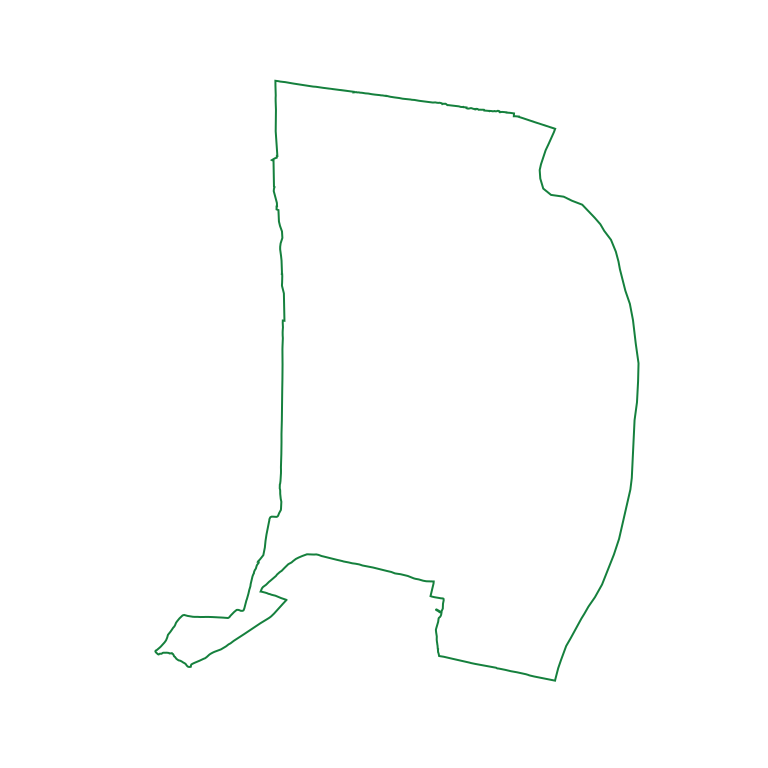 Ostrov, Tulcea, Romania (Albers equal-area conic projection), rotated 174°
{"feature_id": "2599482B49066232260095", "entity_name": "Ostrov", "entity_type": "district", "adm_level": 2, "iso_a3": "ROU", "parent_name": "Romania", "parent_adm1": "Tulcea", "projection": "albers", "projection_center": [28.19, 44.921], "detail": "fine", "context": "isolated", "style": "outline", "palette": "green", "viewbox_px": 768, "rotation_deg": 174, "n_neighbors": 0, "source": "geoboundaries", "source_scale": "gbopen_adm2", "svg_char_len": 6149}
<svg xmlns="http://www.w3.org/2000/svg" viewBox="0 0 768 768"><g transform="rotate(174 384 384)"><path d="M187.1,619.9L206.8,628.7L218.2,633.9L222.1,635.6L222.0,635.9L225.1,636.5L226.9,636.7L226.4,639.5L230.3,640.5L233.8,641.1L233.8,641.4L237.8,642.2L239.5,642.3L240.2,642.1L240.3,642.1L240.5,642.2L240.4,642.6L240.7,643.2L241.2,643.3L241.5,643.6L242.0,643.7L242.3,643.8L243.5,643.5L244.1,643.5L244.5,643.6L245.0,643.6L245.4,643.9L247.3,643.8L248.0,644.1L250.7,644.6L250.8,644.4L251.5,644.7L255.7,645.5L255.7,646.0L255.8,646.2L256.1,646.3L258.8,646.6L259.8,646.8L261.1,646.8L261.7,647.2L262.1,647.7L263.5,648.0L263.9,647.7L264.1,647.5L264.7,647.6L264.8,648.0L266.1,648.2L268.3,649.2L268.7,649.3L269.6,649.2L270.4,649.1L271.7,649.1L273.2,649.7L273.3,649.9L273.1,650.4L275.2,650.9L276.2,651.0L276.4,651.2L276.4,651.3L277.2,651.3L278.6,651.5L280.5,652.3L291.2,654.7L291.8,654.7L293.2,656.1L293.6,656.3L294.4,656.4L294.9,656.3L295.3,656.4L296.1,656.6L296.8,656.3L297.1,656.9L297.4,657.2L299.3,657.9L300.4,657.9L301.6,658.1L303.6,658.7L306.0,658.8L319.5,662.0L324.0,663.3L326.8,663.8L327.6,664.1L335.7,665.8L338.9,666.8L343.5,667.9L347.7,669.0L351.7,670.4L351.8,670.2L355.5,671.2L357.0,671.4L357.8,671.7L363.0,672.8L365.9,673.5L369.3,674.5L372.1,675.0L375.4,675.9L377.6,676.3L378.4,676.6L380.4,676.8L381.1,677.2L383.8,677.2L383.6,677.8L414.0,685.0L420.6,686.7L423.4,687.2L426.1,687.9L442.8,692.3L450.5,694.5L455.5,695.6L457.4,696.2L459.1,696.6L460.3,696.9L460.8,691.7L461.5,682.3L461.9,679.7L462.2,676.6L462.8,668.0L465.3,646.6L466.2,622.0L466.7,622.1L467.0,620.3L469.1,619.8L472.1,618.4L471.7,618.1L470.5,618.0L472.8,591.7L472.3,591.3L473.1,589.5L473.1,589.2L473.5,587.4L471.6,575.3L471.8,571.8L472.3,571.8L472.6,568.9L470.8,568.0L471.5,556.6L470.9,552.1L469.5,546.4L469.8,539.9L472.1,534.7L472.9,531.4L473.2,528.8L473.0,522.1L473.0,517.4L473.8,505.9L474.1,504.2L473.8,504.2L473.8,503.5L473.9,501.9L474.8,495.0L475.0,494.0L475.2,492.4L474.1,484.6L476.4,457.3L478.0,457.7L478.3,455.6L478.6,450.7L479.0,448.6L479.4,446.0L479.7,442.8L479.8,440.2L480.9,432.7L481.4,429.0L482.9,413.6L484.5,399.6L485.8,389.0L489.4,358.5L491.2,344.8L492.0,337.0L493.4,325.2L495.2,312.0L495.5,308.5L495.8,306.0L497.1,298.3L497.7,295.8L498.1,294.9L498.6,291.1L498.4,289.9L498.4,288.6L498.7,285.6L498.7,280.6L498.4,277.6L499.5,270.5L499.8,269.4L501.7,266.7L502.4,265.4L503.0,264.2L503.5,263.6L504.0,263.3L504.7,263.1L505.6,263.2L507.9,263.6L509.7,263.8L510.4,263.6L511.0,263.3L511.5,262.6L512.1,261.5L512.4,260.0L512.6,259.5L516.6,246.6L518.2,240.5L519.6,233.8L521.9,226.4L525.6,222.6L527.8,220.7L528.0,220.4L527.6,220.3L527.2,220.0L527.2,219.7L527.3,219.4L527.5,219.1L529.1,217.4L529.7,216.4L530.7,213.9L531.0,213.5L532.0,212.3L532.8,210.8L533.1,210.0L533.1,209.5L533.4,209.0L533.8,208.5L534.4,207.4L534.9,206.4L537.5,199.0L538.0,196.9L538.6,195.4L539.4,193.6L540.8,189.5L542.8,184.5L543.5,183.1L546.3,175.6L547.1,174.0L547.5,173.5L548.1,173.3L548.8,173.2L549.9,173.4L550.4,173.5L551.3,174.1L552.6,174.6L553.4,174.7L554.2,174.7L554.8,174.3L556.9,172.9L561.0,169.5L562.1,168.3L563.0,167.8L563.7,167.6L568.6,168.5L578.7,170.1L583.7,170.8L590.7,171.4L593.1,171.8L598.1,172.4L603.6,173.9L606.9,175.2L608.5,174.9L611.9,172.3L614.8,169.4L615.9,168.1L616.8,166.3L617.9,164.7L619.1,163.7L621.0,161.4L622.5,159.7L625.0,157.2L625.3,156.6L626.1,154.5L627.6,151.8L629.3,149.9L633.3,146.3L634.6,145.3L637.7,143.2L638.9,142.7L639.2,142.3L639.3,142.0L639.0,141.1L637.2,139.0L636.6,138.6L636.2,138.6L635.7,139.0L635.1,139.2L633.4,139.0L632.2,139.7L631.4,139.8L629.9,139.6L628.2,139.5L626.0,139.0L625.6,138.5L625.1,138.4L623.1,138.5L623.0,138.3L623.0,138.1L622.8,137.8L622.1,137.5L621.6,136.4L621.4,136.0L621.4,135.5L621.0,134.9L620.4,134.4L619.2,132.4L617.9,131.2L616.9,130.5L616.0,130.3L615.1,129.8L613.8,128.9L612.9,128.1L611.4,127.1L610.4,126.1L609.6,124.6L608.7,123.5L607.9,123.1L606.8,122.9L605.7,123.0L605.4,124.3L604.9,125.2L603.6,125.8L601.6,126.5L596.3,128.1L592.3,129.5L590.5,130.0L588.7,131.1L586.0,133.1L584.7,133.8L582.3,134.8L580.5,135.4L573.9,137.1L571.3,138.3L568.5,139.6L565.8,141.3L563.8,142.1L560.2,144.3L549.0,150.0L531.9,159.0L524.3,162.6L522.3,163.6L520.5,164.7L517.3,167.2L507.5,176.0L503.6,179.4L503.8,179.6L508.6,181.8L514.1,184.8L518.0,186.2L519.3,186.9L520.8,187.4L522.2,188.2L523.8,188.9L527.9,190.4L528.4,190.5L527.7,191.8L526.7,193.6L525.5,194.8L522.2,196.7L519.0,199.3L518.0,199.9L511.5,204.4L510.3,205.7L507.8,207.5L506.7,208.2L505.4,208.8L502.3,211.4L498.0,214.8L494.6,216.2L492.9,217.4L490.0,219.2L487.1,220.3L483.2,221.5L478.4,222.7L471.5,221.7L469.2,221.6L467.0,220.9L464.0,219.4L462.5,218.9L455.1,216.2L449.6,214.2L444.1,212.3L442.7,211.7L437.7,210.2L434.3,209.0L431.3,208.3L427.6,207.2L426.4,206.7L424.5,205.8L414.0,202.6L400.5,197.7L396.4,196.3L392.9,194.5L391.4,194.1L387.4,193.1L380.4,190.6L374.7,187.6L373.2,187.0L369.8,186.0L365.7,184.3L362.6,183.4L355.2,182.4L355.5,180.8L355.8,179.8L359.9,168.2L359.3,167.9L359.2,167.8L356.1,166.7L352.5,165.7L349.7,164.9L347.9,164.6L347.4,164.3L347.2,164.0L347.3,162.5L348.3,159.3L349.0,154.5L350.9,151.3L352.3,152.1L354.2,153.5L355.0,154.1L355.5,154.3L355.8,154.1L355.8,153.9L355.6,153.7L353.7,152.4L352.5,151.2L350.7,150.7L351.3,148.5L351.9,147.4L352.5,146.6L353.1,146.2L353.8,145.7L354.2,145.1L355.0,141.8L357.6,135.5L358.1,134.1L358.1,131.5L357.9,127.4L358.3,124.3L358.3,122.2L358.2,120.5L358.2,119.4L358.1,118.4L358.2,115.0L357.9,114.8L358.2,113.2L358.2,111.5L357.9,110.5L357.6,107.7L353.1,106.5L344.4,103.5L327.9,97.9L326.7,97.4L322.6,96.1L302.2,90.1L301.1,89.3L299.6,89.0L293.2,87.0L287.8,85.1L281.9,83.4L273.1,80.5L270.5,79.4L270.1,79.1L265.2,77.4L244.9,71.1L244.3,72.9L240.4,83.3L236.8,91.0L230.2,104.4L224.9,111.7L212.2,130.1L208.8,134.5L203.9,141.3L196.5,149.9L188.1,161.8L173.2,190.3L166.4,205.4L150.0,253.3L147.4,264.6L138.6,321.8L134.3,339.4L131.0,360.3L128.7,378.0L129.4,397.8L129.7,421.5L131.1,438.0L134.2,451.5L137.4,473.6L138.0,481.3L139.6,491.4L143.2,503.7L149.0,513.3L152.1,520.2L157.0,527.2L168.1,541.6L177.9,546.6L185.7,551.5L198.1,554.6L205.2,561.7L207.1,572.0L206.8,580.5L204.9,586.1L198.8,599.6L195.5,605.0L188.7,616.7L187.1,619.9Z" fill="none" stroke="#15803d" stroke-width="2"/></g></svg>